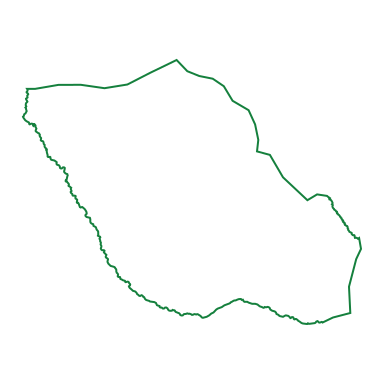 Delgerxaan, Hentiy, Mongolia (Robinson projection)
{"feature_id": "93677404B99522763757972", "entity_name": "Delgerxaan", "entity_type": "district", "adm_level": 2, "iso_a3": "MNG", "parent_name": "Mongolia", "parent_adm1": "Hentiy", "projection": "robinson", "projection_center": [108.94, 47.292], "detail": "fine", "context": "isolated", "style": "outline", "palette": "green", "viewbox_px": 384, "rotation_deg": 0, "n_neighbors": 0, "source": "geoboundaries", "source_scale": "gbopen_adm2", "svg_char_len": 5907}
<svg xmlns="http://www.w3.org/2000/svg" viewBox="0 0 384 384"><path d="M67.7,175.4L67.4,176.1L66.6,179.6L65.9,179.9L65.6,181.0L66.1,181.6L67.0,181.6L67.2,182.1L68.7,183.8L68.9,184.8L68.5,185.7L68.6,186.0L69.9,186.7L71.2,187.8L70.8,188.6L70.8,189.2L71.5,190.8L71.5,191.1L70.7,191.8L70.7,192.3L71.0,192.9L72.2,193.9L72.6,195.4L73.0,195.7L74.9,195.7L75.6,196.0L75.7,196.3L75.4,197.3L75.5,198.5L77.1,199.6L77.2,199.9L76.8,202.3L76.9,202.6L77.4,203.0L78.1,202.8L78.6,203.5L79.9,207.1L80.7,207.5L82.1,207.0L82.4,207.1L84.6,209.0L85.4,210.1L86.3,211.6L86.7,213.2L86.6,213.8L85.6,214.8L85.4,215.2L85.5,215.8L85.7,216.2L86.6,217.0L89.9,217.8L90.3,219.2L90.3,221.3L90.5,222.4L90.8,222.9L91.6,223.6L93.2,224.2L93.5,225.9L95.4,226.9L95.9,227.3L96.6,229.5L98.0,231.2L98.2,231.8L98.2,233.4L98.3,234.5L97.9,235.7L98.3,236.0L99.7,236.5L100.1,236.8L100.3,237.4L99.5,238.7L100.2,240.3L100.2,241.5L100.8,242.3L100.9,242.8L100.6,244.5L101.4,246.0L101.3,247.1L100.9,248.1L100.8,248.7L101.5,249.8L102.1,250.2L103.8,250.2L104.2,250.4L104.5,250.7L104.4,251.2L103.9,252.3L104.0,252.5L106.4,254.9L105.8,256.4L105.7,256.9L106.1,257.6L107.4,258.5L107.8,258.8L108.0,259.3L107.5,261.4L107.6,262.2L108.4,263.7L110.6,265.9L113.5,266.7L114.5,267.1L115.1,267.7L115.2,268.2L116.1,269.2L116.3,269.9L116.3,271.4L116.7,272.7L117.7,273.6L118.1,274.9L117.7,276.1L117.8,276.5L118.2,276.8L118.8,277.0L119.9,277.0L120.2,277.5L120.3,278.7L120.6,279.1L121.6,279.4L122.8,280.2L124.9,280.8L125.2,281.8L125.5,282.1L126.0,282.1L127.2,281.7L128.0,281.7L128.6,282.0L129.3,283.4L130.0,284.0L130.2,284.5L130.0,285.3L128.9,286.3L129.1,286.9L129.7,287.9L131.8,289.7L132.9,290.8L134.7,291.3L135.4,291.6L136.6,292.9L137.2,294.2L138.1,294.7L139.2,295.8L140.1,296.0L141.4,295.2L141.9,295.3L142.8,296.0L143.3,296.9L144.2,297.2L144.9,298.8L146.2,300.0L149.2,300.9L150.0,301.5L154.4,302.1L156.0,303.0L156.9,305.1L157.4,305.4L159.5,306.0L159.7,307.1L159.9,307.3L160.3,307.5L161.5,307.5L161.9,307.7L162.6,308.4L163.1,308.6L164.2,308.4L164.8,307.7L165.4,307.5L166.3,307.5L167.5,308.4L168.1,309.6L168.6,310.2L169.2,310.6L170.2,310.8L171.9,310.7L172.6,309.9L173.8,310.3L174.5,310.3L174.9,310.7L175.2,311.4L175.9,312.0L179.2,313.3L179.9,314.1L180.4,315.1L181.6,315.5L182.7,315.4L184.0,314.1L186.0,313.9L187.2,313.4L188.6,313.8L189.6,313.7L191.6,314.5L192.0,314.9L193.1,314.7L194.1,314.2L194.7,314.1L196.2,314.5L197.0,314.2L197.7,314.2L200.5,315.9L201.8,317.4L202.9,317.8L206.7,316.8L209.3,315.3L211.2,313.6L213.5,312.5L216.2,309.6L217.7,308.6L221.8,307.1L224.4,305.3L229.3,303.5L230.2,303.0L230.7,302.3L231.5,302.0L233.5,300.8L234.2,300.5L235.7,300.4L237.4,299.6L238.9,299.1L240.9,299.0L241.7,299.9L242.9,299.7L243.6,301.1L244.4,301.8L247.3,301.8L248.6,302.6L251.2,303.5L252.2,303.8L255.2,303.8L257.5,304.5L259.7,306.3L262.0,307.1L263.4,307.8L264.0,307.7L264.7,307.0L266.0,307.3L267.7,306.9L268.7,307.2L269.6,307.8L270.3,309.5L272.1,310.7L274.7,311.4L275.6,312.1L276.1,312.8L276.5,314.0L278.1,314.7L278.6,315.0L278.9,315.5L279.9,316.1L283.0,316.8L285.4,315.5L286.0,315.4L288.3,315.9L289.6,317.0L290.4,318.1L290.8,318.0L291.7,317.2L292.8,317.1L293.4,317.6L293.8,318.9L294.2,319.3L294.7,319.4L295.3,319.0L296.1,319.0L297.5,319.9L298.2,320.8L299.5,321.5L301.5,323.0L302.9,323.5L307.0,324.0L307.6,323.9L307.7,323.5L307.9,323.3L309.0,323.8L309.6,323.8L314.8,323.1L315.5,322.7L316.3,321.6L317.4,321.1L318.1,321.5L318.5,322.1L319.2,322.6L320.1,322.5L321.7,321.9L322.1,322.0L322.6,322.5L333.0,317.5L350.3,313.0L349.0,286.7L356.2,259.1L361.0,248.9L359.1,238.0L358.8,238.2L358.7,238.8L358.1,238.9L357.2,238.1L356.1,237.7L355.0,237.9L354.6,236.6L354.7,236.0L354.3,235.2L352.7,235.1L351.7,234.0L351.7,233.0L351.5,232.8L349.4,231.8L349.0,230.9L348.2,230.0L348.1,229.7L348.2,229.0L347.7,228.5L347.6,228.2L347.7,227.1L347.4,226.7L347.2,226.1L346.4,225.9L345.6,225.2L345.1,225.0L345.1,224.4L344.7,224.3L344.5,223.7L344.7,223.2L344.2,223.0L344.0,222.4L343.3,222.1L343.1,221.9L343.3,221.3L342.8,220.9L343.1,220.6L343.0,220.3L342.2,219.8L341.8,218.9L341.5,218.7L341.5,218.2L340.9,217.8L340.6,217.0L340.0,216.7L339.7,215.8L339.1,215.1L338.1,214.5L337.9,213.9L337.1,213.5L337.3,213.0L336.8,212.5L336.9,211.7L336.0,211.3L335.7,210.6L334.1,209.5L334.0,208.9L333.4,208.4L332.8,207.6L332.5,206.7L332.4,206.0L332.8,205.2L332.6,204.9L332.6,204.6L332.0,204.2L332.5,203.6L332.5,202.6L331.6,200.9L330.7,199.8L329.4,199.4L329.3,199.0L329.8,198.4L329.1,198.1L329.0,197.9L329.3,197.7L328.0,196.8L327.0,195.9L317.1,194.4L307.4,200.2L283.0,177.3L269.9,154.9L257.0,151.4L258.3,139.9L255.1,124.4L248.6,110.2L232.6,100.8L223.8,86.2L212.7,78.7L199.2,76.0L187.3,71.2L176.6,60.0L150.2,72.8L127.4,84.5L104.5,88.2L80.8,84.8L58.3,84.9L34.9,88.9L27.1,88.9L27.4,89.4L27.6,90.4L27.4,91.0L26.6,92.0L26.6,92.4L27.3,93.1L27.9,93.5L28.2,94.2L27.2,95.8L27.5,97.5L26.0,98.7L26.1,99.3L27.2,101.2L27.4,101.7L26.1,103.1L25.9,103.7L25.7,105.1L26.3,106.4L25.4,107.6L26.0,108.2L26.1,109.4L26.6,110.8L26.6,111.4L26.0,112.3L25.5,113.4L24.2,114.3L23.8,116.0L23.0,116.7L23.3,117.5L25.2,120.2L26.8,121.4L28.8,122.4L29.0,122.8L29.3,124.1L29.5,124.3L29.9,124.3L31.1,123.7L32.0,123.7L32.6,123.9L32.9,124.4L33.1,125.6L33.5,125.9L33.7,125.4L33.5,124.5L33.9,124.0L34.3,124.0L35.2,125.0L35.5,125.5L35.5,126.9L36.4,128.6L35.7,130.3L35.7,131.1L36.1,131.6L38.1,133.0L39.2,133.5L39.3,133.9L39.9,134.9L39.6,135.6L39.8,136.2L40.3,137.1L41.1,138.0L41.1,138.5L40.8,139.9L40.8,140.3L41.5,140.9L42.5,141.1L43.1,141.4L43.5,142.2L43.7,143.8L44.0,144.3L44.6,144.8L44.6,146.7L45.3,147.8L46.0,148.3L46.2,150.1L46.4,150.2L46.8,150.0L46.7,151.0L46.9,152.6L47.6,155.0L47.6,156.5L47.8,156.8L48.3,157.0L50.1,156.9L50.4,157.2L50.4,158.1L50.8,159.2L51.3,159.8L54.4,160.5L56.4,161.9L56.7,162.2L56.5,163.4L56.7,164.4L57.3,164.8L58.8,165.2L59.4,165.8L59.8,166.6L60.0,167.9L60.5,168.3L61.1,168.5L61.8,168.4L63.1,167.3L64.3,167.5L64.8,168.0L64.7,169.0L64.1,171.4L64.3,172.2L65.5,173.4L66.3,173.8L67.3,174.1L67.7,175.4Z" fill="none" stroke="#15803d" stroke-width="2"/></svg>